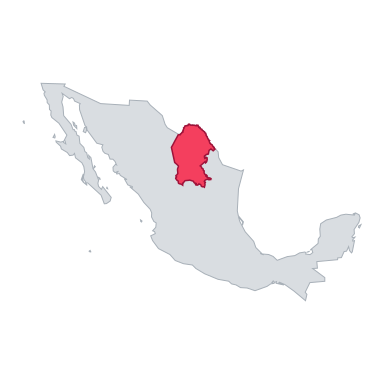 Mexico, with Coahuila highlighted
{"feature_id": "MEX-2708", "entity_name": "Coahuila", "entity_type": "State", "adm_level": 1, "iso_a3": "MEX", "parent_name": "Mexico", "parent_adm1": "", "projection": "albers", "projection_center": [-101.519, 27.229], "detail": "fine", "context": "in_parent", "style": "filled", "palette": "rose", "viewbox_px": 384, "rotation_deg": 0, "n_neighbors": 0, "source": "natural_earth", "source_scale": "10m", "svg_char_len": 8798}
<svg xmlns="http://www.w3.org/2000/svg" viewBox="0 0 384 384"><path d="M41.1,83.3L65.2,84.0L63.9,86.3L100.6,103.6L129.2,105.4L129.5,100.1L147.2,101.1L150.2,105.0L162.3,115.6L165.1,124.3L167.3,127.7L179.0,134.6L182.8,132.1L185.7,125.8L189.3,124.5L197.8,125.6L204.9,132.6L209.7,142.7L218.1,151.8L218.7,157.6L222.5,164.7L241.1,171.1L243.5,169.9L238.5,188.7L237.3,210.9L238.3,215.7L243.4,221.9L242.5,225.3L242.6,221.9L238.4,216.6L239.8,221.5L245.2,231.8L253.7,241.4L255.8,247.5L261.9,253.6L260.2,253.5L263.6,254.9L262.5,254.0L268.6,254.5L273.1,256.4L277.2,260.3L287.3,256.6L294.8,255.6L299.6,252.9L304.9,252.0L306.0,252.8L305.7,254.1L310.1,254.6L312.8,252.5L311.8,249.3L310.4,250.2L310.8,249.5L318.1,243.4L318.3,239.0L320.3,236.3L319.8,229.1L320.7,223.7L326.3,220.0L336.5,217.4L340.9,215.1L345.9,214.2L354.4,215.1L355.0,213.8L352.8,214.0L355.5,212.9L359.1,214.8L360.1,217.9L358.9,222.4L354.1,229.5L354.4,233.8L351.9,236.8L352.5,237.7L355.0,237.1L352.6,240.0L352.8,241.1L354.5,240.6L352.3,251.8L351.5,252.9L349.5,250.6L348.6,246.6L346.6,251.1L344.1,251.6L341.4,257.6L337.7,257.9L337.6,259.7L316.8,261.6L317.4,268.2L312.6,268.5L324.8,277.6L324.8,281.3L309.9,282.6L305.2,292.2L306.9,294.4L305.5,300.7L293.9,291.0L284.8,284.5L279.4,282.2L278.8,282.9L283.9,285.0L276.1,283.3L276.5,281.6L274.6,282.4L273.2,280.9L271.9,282.6L274.5,283.3L270.7,283.9L267.0,286.4L255.0,290.7L247.1,288.0L240.5,287.6L236.0,284.9L231.6,283.9L228.7,281.2L218.0,279.3L204.7,273.8L196.0,268.6L192.4,265.0L183.5,263.7L175.2,260.5L169.9,254.5L158.5,248.6L152.6,240.6L150.7,235.8L155.3,233.6L154.6,231.6L152.6,230.8L155.8,227.3L156.2,222.9L153.8,221.4L151.5,216.9L151.7,212.9L150.2,209.3L143.8,202.4L138.3,194.1L129.7,186.7L132.2,188.1L132.4,186.6L127.8,184.9L124.6,179.2L127.0,179.5L120.3,175.4L119.4,173.5L116.8,174.0L116.5,173.2L118.5,171.1L115.1,172.6L113.2,170.9L113.0,167.2L115.6,164.2L116.5,164.8L115.0,161.4L112.9,159.2L110.0,159.1L108.4,154.5L104.9,153.3L103.0,151.3L101.8,147.2L102.9,144.8L96.8,143.2L87.0,129.9L86.6,126.9L85.1,125.8L79.6,109.8L79.4,105.1L80.2,103.6L74.6,101.1L73.5,98.5L71.7,97.5L69.5,98.7L62.1,93.3L63.2,96.4L61.7,102.1L63.0,106.9L63.7,115.7L71.0,124.3L73.1,129.7L74.4,129.6L74.9,131.2L76.0,131.5L76.9,135.0L79.1,136.2L79.9,143.4L83.8,147.4L84.9,151.5L86.7,152.9L87.8,157.7L89.4,159.0L88.7,155.4L90.9,157.6L93.0,168.7L95.5,172.0L98.6,180.1L97.9,183.3L98.5,186.3L101.4,189.4L102.7,186.6L111.2,197.4L110.1,201.1L106.4,203.6L104.3,203.8L101.1,195.2L87.7,182.9L86.4,183.0L83.8,179.2L83.4,176.8L84.6,171.6L83.8,166.5L81.9,162.8L75.5,157.8L74.5,153.4L73.1,155.1L69.6,155.6L67.3,152.5L61.3,148.9L60.6,146.2L56.2,142.2L55.9,140.9L60.7,142.1L63.6,141.3L63.5,142.4L65.8,143.9L65.1,140.9L64.1,140.6L66.9,135.1L58.9,123.2L51.9,117.6L50.8,115.1L51.1,111.0L49.5,109.5L49.3,104.9L47.2,102.6L47.1,99.9L44.3,95.2L44.0,93.2L45.2,91.9L43.1,89.9L41.1,83.3ZM86.6,130.0L85.6,132.7L83.2,131.6L84.5,127.5L86.0,127.2L86.6,130.0ZM76.8,128.6L73.6,125.2L73.0,122.0L74.6,123.2L74.9,125.0L76.6,125.6L76.8,128.6ZM359.4,228.0L358.4,227.2L358.7,225.9L361.0,224.6L359.4,228.0ZM83.7,182.7L81.3,179.6L83.3,173.9L82.5,179.1L83.7,182.7ZM54.8,138.0L53.0,137.4L54.6,134.4L55.2,136.9L54.8,138.0ZM24.4,123.9L23.0,121.7L23.5,120.9L24.1,121.0L24.4,123.9ZM85.8,183.0L87.2,185.4L84.1,182.9L85.8,183.0ZM142.0,221.0L141.6,222.0L140.8,221.6L140.5,219.9L142.0,221.0ZM99.8,178.1L100.2,179.9L98.7,177.5L99.8,178.1ZM94.4,165.8L95.3,166.7L93.8,168.2L94.4,165.8ZM90.8,251.8L90.1,252.0L89.1,251.2L90.1,250.4L90.8,251.8ZM308.5,251.8L306.7,252.3L309.7,251.1L308.5,251.8ZM107.7,188.8L106.8,188.5L106.8,186.8L107.7,188.8Z" fill="#d9dde1" stroke="#a8b0b8" stroke-width="1"/><path d="M188.7,124.2L188.9,124.2L189.2,124.5L189.4,124.4L189.4,124.6L189.6,124.7L189.9,124.8L190.4,125.0L190.5,125.1L190.9,125.3L191.9,125.2L192.2,125.2L192.3,125.1L192.5,125.1L192.6,125.3L192.8,125.3L193.2,125.2L193.5,125.3L193.8,125.3L194.0,125.2L194.1,125.3L195.8,125.6L196.3,125.5L196.5,125.5L196.6,125.4L196.7,125.1L196.8,125.1L196.9,125.3L196.7,125.7L196.9,125.7L197.1,125.6L197.3,125.5L197.5,125.4L197.6,125.6L197.9,125.7L198.1,125.6L198.1,125.9L198.4,126.3L198.4,126.5L198.6,126.9L198.7,127.0L198.9,127.0L199.1,127.0L199.2,127.3L199.1,127.5L199.4,127.6L199.6,127.4L199.9,127.4L200.1,127.6L200.1,127.9L200.0,128.2L200.0,128.4L200.1,128.5L200.3,128.5L200.6,128.8L200.9,129.0L201.9,129.3L202.0,129.5L202.1,130.0L202.2,130.3L202.5,130.4L203.2,130.8L203.4,131.0L203.6,131.3L204.2,131.6L204.4,131.7L204.6,131.9L204.8,132.3L204.7,132.5L204.8,132.7L205.3,133.1L205.4,133.3L205.8,133.4L205.8,133.5L205.9,134.2L206.1,134.7L206.2,134.9L206.1,135.2L206.2,135.3L206.2,135.6L206.3,135.7L206.5,135.9L206.6,136.2L206.8,136.3L206.8,136.5L207.1,136.6L207.3,137.0L207.6,138.2L207.7,138.4L208.1,138.9L208.1,139.1L208.6,139.4L208.6,139.5L208.6,140.0L208.8,140.2L209.0,140.3L209.4,140.5L209.1,140.7L209.1,140.8L209.3,141.1L209.3,141.6L209.4,142.0L209.7,142.4L209.9,142.6L209.9,142.8L209.8,143.0L209.9,143.3L210.1,143.5L210.3,143.6L210.6,143.7L210.7,144.1L210.8,144.2L211.0,144.2L212.0,144.7L212.2,144.9L212.3,145.1L212.3,145.3L212.6,145.7L212.7,145.9L212.8,146.3L213.1,146.6L213.5,146.7L213.6,146.8L213.5,147.0L213.7,147.3L213.9,147.5L214.1,147.6L214.0,148.0L214.3,148.3L214.3,148.7L214.3,148.8L214.5,148.9L214.6,149.1L214.9,149.2L213.2,150.8L213.0,150.7L212.9,150.6L211.0,149.0L210.9,149.0L210.5,149.3L209.8,149.8L209.4,150.1L209.1,150.4L209.0,150.8L208.9,151.3L208.5,153.3L208.4,153.9L208.1,154.2L207.8,154.3L207.7,154.3L207.6,154.1L206.3,154.5L206.2,154.6L205.9,154.9L205.8,155.1L204.5,155.9L204.4,156.1L204.4,156.3L204.5,157.7L204.7,157.8L204.9,157.8L205.1,158.0L205.0,158.3L205.4,158.2L205.6,158.1L205.6,157.9L205.5,157.7L205.8,157.6L205.9,157.2L206.0,157.2L206.1,157.4L206.3,157.6L206.9,157.7L207.1,157.8L207.1,158.0L207.2,159.7L207.1,160.0L206.8,161.2L206.6,161.8L206.2,162.3L205.9,162.6L205.5,162.9L205.1,161.6L200.2,165.9L201.0,166.5L201.3,166.9L201.6,167.3L201.6,167.7L201.7,167.9L202.0,168.3L202.4,168.4L202.6,168.5L202.8,168.6L203.1,169.0L203.2,169.3L203.2,169.9L203.3,170.3L203.5,170.5L203.8,170.6L204.1,170.8L204.2,171.1L204.1,171.9L204.1,172.4L204.1,172.8L204.3,173.2L204.6,173.7L204.8,174.1L205.3,174.7L205.5,174.8L206.1,174.8L206.3,174.9L206.3,175.0L206.4,175.4L206.4,175.5L206.5,175.5L206.8,175.6L207.0,175.6L207.1,175.9L207.1,176.2L206.1,175.8L205.8,175.9L205.8,176.1L206.1,176.3L206.5,176.4L206.7,176.7L206.8,176.9L207.1,177.2L207.9,177.4L208.1,177.6L208.1,177.8L208.2,178.0L208.4,178.0L208.8,177.9L209.0,177.9L209.4,177.9L210.0,178.0L210.3,178.2L211.0,178.6L211.1,178.8L210.7,178.9L210.5,179.0L210.4,179.1L210.5,179.6L210.3,179.6L209.8,179.6L209.7,179.6L209.2,179.8L208.9,179.8L208.7,179.7L207.8,179.4L207.6,179.3L206.8,179.4L206.2,179.6L205.6,179.9L205.0,180.3L204.7,180.6L204.4,181.1L204.3,181.6L204.5,181.8L204.9,181.9L205.3,182.3L205.4,182.5L204.8,183.2L204.7,183.3L205.0,184.2L205.0,184.5L205.0,185.0L204.5,186.7L204.4,187.2L203.6,186.7L203.4,186.7L203.2,186.7L202.8,186.8L202.4,186.8L201.9,186.6L201.5,186.3L201.2,186.0L201.2,185.8L201.0,185.2L200.7,184.8L200.4,184.5L200.1,184.3L199.7,184.2L198.9,184.3L198.8,184.0L198.0,184.9L197.8,185.0L197.6,185.1L195.9,185.0L195.8,184.9L195.7,184.6L195.5,184.2L195.9,184.3L196.4,184.4L196.3,183.9L196.3,183.7L196.2,183.5L195.9,183.3L195.7,183.2L195.1,183.2L194.7,183.1L194.3,182.8L194.0,182.5L193.7,181.8L193.5,181.4L193.3,181.2L190.0,180.2L189.7,180.1L188.7,180.3L185.6,180.6L185.2,180.6L184.9,180.8L184.7,181.1L183.7,182.3L183.3,182.9L183.1,183.2L182.8,183.2L182.7,185.2L182.0,184.7L181.4,184.3L180.9,184.1L179.6,183.8L179.1,183.6L178.6,183.3L178.4,182.9L178.3,182.4L178.3,181.9L178.3,181.5L178.2,181.1L177.8,180.8L177.4,180.6L177.0,180.3L176.7,179.9L176.6,179.6L176.5,179.4L176.3,179.2L175.8,178.8L175.7,178.6L175.7,178.4L175.7,178.1L175.9,177.8L176.0,177.5L176.2,177.2L176.3,177.1L176.5,177.1L176.6,176.9L176.0,176.2L175.9,176.0L175.9,175.7L176.0,175.5L176.1,175.4L176.5,175.1L176.8,174.9L177.2,174.5L177.4,174.0L177.6,173.9L177.8,173.7L177.8,173.4L177.7,172.1L177.5,169.9L177.5,169.3L177.6,168.7L177.8,168.1L178.3,167.0L178.4,166.4L178.3,165.8L177.8,165.3L176.9,164.4L174.7,162.5L172.1,150.6L171.4,147.3L172.7,145.1L174.9,140.9L177.6,136.0L178.4,134.4L178.4,134.5L178.5,134.6L179.2,134.6L179.7,134.8L180.1,134.8L180.4,134.7L180.5,134.4L180.6,134.0L180.8,133.7L181.3,133.4L181.5,133.2L181.8,132.6L182.0,132.4L182.2,132.5L182.3,132.4L182.7,132.1L183.0,132.0L183.0,131.9L182.8,131.7L182.7,131.6L182.7,131.4L182.9,131.0L182.9,130.6L183.1,130.4L183.3,130.4L183.3,130.2L183.4,129.9L183.3,129.5L183.4,129.4L183.5,129.1L183.8,128.3L183.9,128.2L184.0,128.1L183.9,127.9L184.0,127.9L184.0,127.7L184.5,127.0L184.6,126.9L184.9,126.3L184.9,126.0L185.0,125.9L185.5,125.9L186.0,125.7L186.3,125.8L186.6,125.6L187.9,125.6L188.1,125.2L188.2,124.7L188.3,124.5L188.5,124.5L188.6,124.2L188.7,124.2Z" fill="#f43f5e" stroke="#9f1239" stroke-width="1.5"/></svg>